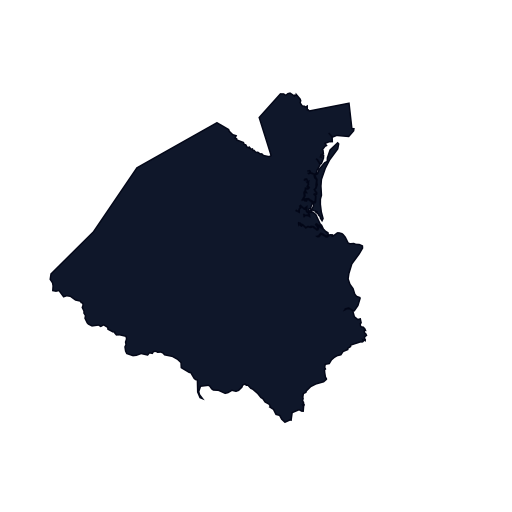 Tonosí, Los Santos, Panama, rotated 317°
{"feature_id": "35544464B87180550672206", "entity_name": "Tonosí", "entity_type": "district", "adm_level": 2, "iso_a3": "PAN", "parent_name": "Panama", "parent_adm1": "Los Santos", "projection": "equal_earth", "projection_center": [-80.44, 7.396], "detail": "fine", "context": "isolated", "style": "filled", "palette": "ink", "viewbox_px": 512, "rotation_deg": 317, "n_neighbors": 0, "source": "geoboundaries", "source_scale": "gbopen_adm2", "svg_char_len": 6139}
<svg xmlns="http://www.w3.org/2000/svg" viewBox="0 0 512 512"><g transform="rotate(317 256 256)"><path d="M393.9,186.3L393.8,184.5L393.2,184.0L395.7,181.3L393.6,180.8L393.6,179.5L392.2,178.1L392.3,176.4L392.8,174.0L394.6,172.9L395.3,171.3L395.6,165.3L394.9,165.9L394.0,164.8L393.2,165.2L392.0,160.1L390.0,159.0L387.4,158.9L386.7,156.3L384.4,154.1L352.8,156.9L335.6,192.8L334.5,192.8L333.0,191.9L330.0,187.6L329.9,185.3L328.6,184.1L328.1,181.4L326.5,180.1L326.6,177.5L325.7,176.7L326.4,175.3L325.3,174.7L325.3,172.0L324.6,172.3L324.6,171.4L323.6,170.5L324.3,167.7L323.4,166.5L324.2,164.4L321.1,158.1L321.8,157.0L321.0,155.5L323.5,154.5L321.7,151.4L321.5,146.6L322.2,144.8L318.3,131.9L229.1,110.3L153.5,127.5L93.9,129.3L89.6,132.7L88.9,136.9L87.2,139.5L83.8,142.7L85.7,145.3L88.4,146.9L87.5,154.6L90.4,155.9L92.8,158.9L94.0,165.1L96.8,169.2L96.4,171.0L97.2,172.0L96.2,173.9L93.8,175.2L92.7,178.9L91.2,180.5L90.7,183.3L88.5,184.9L87.0,189.8L87.0,191.5L88.4,195.3L93.8,199.1L94.4,201.6L97.6,202.4L98.9,207.1L97.8,208.6L99.7,214.1L100.9,215.1L100.2,216.1L100.1,218.5L102.6,220.7L106.2,226.1L104.8,228.4L101.9,230.0L100.5,232.2L98.2,233.1L95.8,236.6L95.0,239.2L98.1,245.0L100.8,247.0L105.5,249.0L109.2,254.5L112.0,254.1L113.8,256.5L115.9,255.9L117.9,257.6L118.4,259.3L120.9,261.3L121.8,263.3L121.8,266.0L126.4,272.4L128.2,278.1L128.5,282.8L125.2,286.7L127.8,295.7L128.8,296.7L127.3,303.4L127.6,305.3L128.6,306.7L120.6,315.7L118.5,321.4L119.6,323.8L120.1,318.9L121.6,316.1L126.6,313.4L132.9,318.0L133.5,319.5L133.0,322.9L133.4,324.9L137.0,328.7L139.8,335.4L142.3,336.8L146.8,337.8L149.1,341.3L151.6,342.4L156.2,342.3L158.1,341.3L160.8,342.2L160.7,343.9L162.0,345.1L162.0,349.2L162.8,351.2L163.5,357.7L163.1,362.9L163.7,365.0L163.1,369.0L164.5,373.2L164.1,375.7L163.1,375.8L164.2,380.1L162.6,385.5L164.6,388.7L163.5,392.8L163.8,397.3L169.1,399.1L169.7,400.0L175.6,395.2L182.7,397.8L183.6,400.6L184.7,401.7L188.4,398.3L188.5,397.0L189.3,397.9L190.0,397.3L190.1,395.8L191.0,395.4L191.1,393.8L193.4,392.2L194.6,389.6L194.4,390.8L196.8,388.9L199.5,389.7L200.8,389.0L206.9,388.8L212.5,390.4L219.7,394.1L223.4,394.2L224.0,393.4L223.9,392.3L226.8,388.0L228.5,385.9L229.7,386.0L230.3,384.2L232.8,382.4L236.2,384.6L240.3,383.4L244.0,383.5L247.3,384.2L250.7,386.1L254.5,385.2L259.3,387.0L260.2,386.1L263.4,386.7L264.5,385.7L273.6,389.9L275.4,391.5L276.4,391.4L276.9,390.3L277.1,391.4L278.0,391.2L278.2,392.3L278.9,391.7L279.1,390.3L280.4,389.2L282.7,389.4L283.3,387.3L282.8,386.9L283.1,385.7L284.5,384.3L285.3,385.1L285.9,383.5L285.9,381.2L284.6,379.6L284.7,378.4L286.1,376.5L287.3,376.6L289.4,373.1L287.1,371.9L286.5,367.5L289.2,362.3L288.8,358.9L286.8,356.8L284.0,355.9L285.3,355.5L288.2,357.1L288.8,358.3L289.7,362.5L290.4,363.1L296.8,361.7L303.3,357.9L303.6,357.2L302.0,354.1L302.2,351.2L304.7,346.1L305.4,340.7L307.7,335.6L311.9,332.2L320.7,327.1L332.9,324.8L339.3,322.9L340.7,321.2L339.4,318.1L336.9,315.5L336.0,313.5L333.2,311.3L332.2,309.4L334.1,303.1L334.3,299.8L334.1,298.3L332.5,295.7L331.3,294.6L325.6,294.0L325.1,293.6L326.3,292.7L324.5,290.8L321.6,290.9L320.2,289.9L318.8,284.6L315.3,284.9L314.0,283.7L313.9,283.1L315.2,283.9L318.9,283.5L319.8,284.8L320.9,289.6L323.5,289.5L324.5,288.1L324.0,286.3L323.6,287.9L323.7,283.2L322.2,278.0L322.1,274.2L321.2,274.4L320.6,278.4L319.4,279.1L318.3,278.6L317.4,273.7L315.2,272.2L313.9,270.2L311.5,269.4L311.2,265.1L309.6,265.2L309.1,263.2L310.5,263.6L310.7,262.4L310.0,261.2L308.9,261.8L309.2,261.3L309.9,260.7L310.7,261.8L310.9,263.7L309.6,263.9L309.9,264.9L311.5,264.8L311.9,269.0L314.2,269.8L315.5,271.7L316.4,271.7L318.1,273.6L318.8,278.3L320.4,277.6L321.1,273.6L322.2,273.6L324.1,280.8L324.9,278.3L324.8,276.2L328.0,266.4L327.3,262.8L324.6,260.6L323.7,260.6L323.2,262.5L322.1,263.7L321.1,261.1L319.7,260.3L319.3,258.7L317.6,260.7L319.0,258.3L319.5,258.4L319.9,260.2L321.6,261.0L322.3,263.3L323.6,260.3L324.9,260.3L326.2,261.8L327.1,261.7L327.8,259.6L324.7,259.9L323.2,259.1L323.5,257.3L325.0,255.2L324.0,255.5L323.2,254.7L323.0,249.5L322.1,249.7L321.5,251.4L319.5,251.4L317.6,253.4L317.0,252.6L317.4,251.8L316.2,250.6L316.8,249.3L316.5,250.6L317.7,251.8L317.7,253.1L319.4,251.1L321.2,251.0L322.0,249.2L323.2,249.4L323.6,254.3L326.9,254.5L323.7,257.8L323.5,258.8L324.3,259.5L326.7,257.7L328.3,258.3L332.3,256.2L333.5,254.9L332.8,249.7L330.3,250.3L329.4,249.3L329.1,246.9L327.0,246.6L329.1,246.3L330.0,249.7L330.9,249.8L331.5,248.7L330.0,247.4L329.7,246.0L332.3,245.0L334.5,242.1L335.4,241.9L336.2,243.7L336.3,241.9L338.4,240.1L339.5,242.0L341.2,242.1L341.5,241.6L340.6,241.2L340.7,240.1L343.5,238.9L343.4,237.6L343.6,237.1L344.4,237.9L345.3,237.2L344.5,237.4L344.3,236.9L345.3,234.3L342.6,233.5L344.3,233.2L345.6,234.3L344.6,237.0L345.6,237.3L344.3,238.3L343.7,237.5L343.8,238.8L343.4,239.5L340.9,240.5L341.8,241.2L341.6,242.4L339.4,242.4L338.2,240.6L336.7,242.1L336.2,244.2L334.8,242.7L332.9,245.4L330.3,246.5L330.3,247.2L333.5,249.7L334.8,255.6L336.4,256.5L340.4,252.9L340.4,250.7L341.2,250.5L341.9,251.8L342.8,251.6L343.9,247.1L346.0,247.0L352.3,241.6L352.3,238.8L354.1,235.6L352.4,232.6L350.7,231.8L350.7,231.3L351.8,231.9L353.1,230.9L352.9,229.8L351.3,228.9L353.3,229.9L353.5,231.1L352.8,232.1L354.6,236.0L356.5,236.7L358.4,235.2L365.3,232.8L366.4,227.4L366.2,225.8L366.7,227.6L365.7,232.0L366.8,233.0L372.0,230.5L374.1,228.5L373.1,226.7L372.0,226.8L371.0,228.2L370.2,227.0L371.0,227.7L372.2,226.4L375.1,227.1L377.0,224.5L377.0,223.5L381.3,222.8L382.9,223.3L383.2,220.7L387.4,222.3L389.8,224.4L392.8,220.9L393.0,215.6L393.2,221.3L397.2,222.8L405.3,231.8L412.8,231.0L414.4,229.7L413.0,228.2L428.2,207.7L393.9,186.3ZM392.9,228.9L382.5,229.0L375.2,232.9L372.6,235.4L369.8,234.6L361.4,235.7L357.0,237.9L354.0,237.0L352.7,242.1L350.8,243.3L349.7,245.4L346.1,247.4L344.1,247.3L343.7,250.9L342.7,252.1L342.0,252.2L340.8,250.9L340.4,253.3L336.3,257.2L335.4,257.4L334.5,255.9L332.2,258.7L328.9,259.8L328.7,260.9L330.6,265.1L329.7,264.9L330.3,268.2L329.7,268.5L329.8,271.2L329.0,272.0L328.4,275.2L330.6,274.3L333.8,268.3L338.3,262.1L341.9,258.3L345.3,256.2L351.2,249.1L356.1,244.6L366.5,239.1L375.4,235.9L388.8,233.4L392.9,230.4L392.9,228.9Z" fill="#0f172a" stroke="#020617" stroke-width="1.5"/></g></svg>